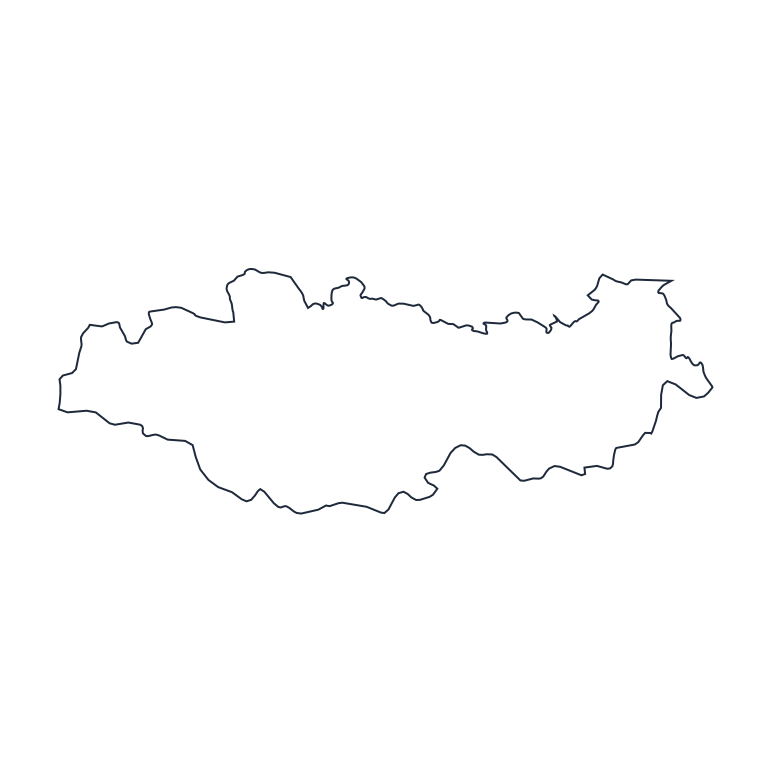 an SVG outline of Prešov, rotated 174°
{"feature_id": "SVK-1058", "entity_name": "Prešov", "entity_type": "Region", "adm_level": 1, "iso_a3": "SVK", "parent_name": "Slovakia", "parent_adm1": "", "projection": "orthographic", "projection_center": [21.049, 49.105], "detail": "fine", "context": "isolated", "style": "outline", "palette": "slate", "viewbox_px": 768, "rotation_deg": 174, "n_neighbors": 0, "source": "natural_earth", "source_scale": "10m", "svg_char_len": 6101}
<svg xmlns="http://www.w3.org/2000/svg" viewBox="0 0 768 768"><g transform="rotate(174 384 384)"><path d="M397.1,255.6L400.4,256.4L414.1,263.7L437.8,270.3L441.8,270.2L450.8,268.2L454.4,269.2L462.4,265.9L479.8,263.8L484.4,264.9L486.9,266.6L491.4,270.9L493.9,272.6L495.7,272.9L499.5,272.0L501.9,272.7L506.0,276.9L514.3,289.4L518.1,292.4L520.6,290.7L524.0,286.6L528.2,282.7L533.0,281.7L537.5,284.2L546.5,292.3L559.7,298.8L568.6,306.9L575.7,318.2L578.9,331.3L580.7,343.2L587.7,348.2L605.0,351.3L613.0,356.3L615.9,357.5L618.3,357.6L624.1,356.8L626.2,357.2L628.9,360.1L629.0,362.7L628.3,365.2L628.9,367.5L630.7,369.0L642.3,372.4L655.8,371.6L661.0,373.6L673.6,385.9L682.6,388.5L701.7,388.9L710.3,393.0L708.5,399.1L706.9,407.7L706.0,416.3L706.2,422.6L702.5,426.0L693.1,427.5L688.8,431.0L683.8,446.8L680.9,453.4L680.6,455.3L680.7,460.1L680.3,462.4L678.0,465.8L672.2,470.9L670.4,473.6L658.9,470.8L657.7,470.9L651.4,472.9L643.3,473.5L642.1,473.0L641.2,472.2L640.9,470.3L640.7,467.9L636.8,459.0L636.3,457.2L636.2,455.8L635.9,454.4L635.1,452.9L630.8,450.5L624.2,450.7L615.2,463.4L610.0,465.7L608.5,467.4L608.4,468.3L608.5,469.1L609.7,473.4L610.4,477.0L610.6,478.7L610.3,479.9L609.8,480.3L608.9,480.5L594.8,481.0L587.4,482.3L582.9,482.2L577.7,481.0L566.4,474.3L564.9,473.0L564.9,472.4L564.3,471.8L563.0,471.0L559.6,469.4L535.8,461.9L526.5,461.7L526.4,471.2L526.8,472.6L526.9,473.7L527.0,478.6L527.1,480.0L528.4,484.6L528.2,487.0L528.4,487.9L528.7,489.0L530.1,492.3L530.5,493.8L530.6,495.2L530.2,496.8L529.5,498.8L528.5,500.0L527.1,500.8L522.5,502.4L518.5,506.1L512.9,507.2L511.2,508.0L511.0,508.5L510.7,509.8L510.3,510.4L509.6,510.9L508.6,511.5L507.3,512.0L505.3,512.4L503.0,512.1L500.3,511.3L495.6,507.9L493.9,507.2L491.8,507.0L487.5,507.2L481.2,506.1L465.7,500.1L458.5,487.2L457.3,485.4L455.9,482.6L455.1,480.3L454.8,476.6L454.5,474.8L451.6,467.6L448.1,469.4L447.5,470.0L446.4,470.8L444.4,471.3L442.5,471.0L439.3,469.4L438.3,468.1L437.6,466.9L437.5,466.0L437.2,465.1L436.8,465.0L436.2,465.8L436.0,468.6L435.7,470.1L435.3,470.8L434.6,470.6L433.6,469.5L431.9,468.0L431.0,467.7L429.8,467.8L427.5,468.5L426.6,469.2L426.3,469.9L427.1,471.4L427.4,472.2L427.5,473.4L426.9,478.2L426.2,480.9L425.5,482.5L424.7,483.4L423.8,483.8L423.0,484.1L419.0,484.5L416.1,485.7L415.0,485.9L411.5,485.9L410.2,486.1L409.3,486.5L408.7,487.2L408.3,487.9L408.1,488.7L408.2,489.5L408.4,490.2L408.8,490.8L410.4,492.2L410.4,492.5L410.2,492.8L409.5,493.1L406.2,493.5L403.2,493.2L400.5,491.8L396.0,487.7L393.4,483.4L393.2,481.7L393.4,480.9L393.9,480.1L395.3,478.3L395.7,477.6L396.2,476.9L397.7,475.5L398.0,474.9L398.1,474.3L397.7,473.1L397.6,472.4L397.2,471.9L396.5,471.8L395.0,472.5L393.6,472.5L392.4,472.2L390.7,470.9L389.0,470.1L386.7,470.1L383.1,468.8L378.0,469.8L376.6,469.1L374.4,467.1L373.2,465.8L372.0,463.9L371.3,463.2L368.4,461.2L367.5,461.0L366.3,460.9L361.8,462.3L360.7,462.4L356.0,461.8L346.6,458.6L343.3,459.0L341.6,459.4L340.7,459.1L339.7,458.2L338.3,456.0L337.5,453.9L337.5,453.3L336.8,452.3L332.7,448.4L331.6,446.7L331.1,445.0L331.2,443.1L331.0,442.2L330.4,440.2L329.4,439.7L328.0,439.5L324.7,440.0L323.3,440.5L322.4,441.0L322.2,441.4L321.9,441.9L320.8,441.7L313.9,437.1L308.8,436.3L303.9,432.1L296.1,433.7L295.0,433.6L293.4,433.2L290.6,431.9L289.9,430.9L289.8,430.0L290.8,428.9L290.6,428.2L289.3,427.4L285.5,426.5L279.7,423.9L276.9,423.2L276.2,423.3L276.0,424.4L276.2,425.1L276.8,426.4L276.8,427.3L276.7,428.4L276.4,429.9L276.3,431.5L276.6,431.9L277.0,432.3L278.7,433.6L278.6,434.0L278.1,434.3L277.3,434.6L262.0,432.0L257.5,432.3L255.9,432.7L254.9,433.2L254.6,433.7L254.6,434.3L254.7,434.9L255.4,436.3L255.5,436.8L255.4,437.2L254.1,438.5L253.4,439.1L252.4,439.8L249.9,440.9L246.8,441.3L244.0,441.0L242.4,440.4L239.5,435.3L239.0,434.4L237.8,433.8L235.7,433.3L230.6,432.7L224.8,429.2L218.3,424.1L217.0,422.9L216.5,421.8L217.1,419.1L216.9,418.1L215.7,417.6L214.5,417.9L212.6,419.9L211.9,421.2L211.6,422.4L212.8,424.6L212.9,425.3L212.0,425.8L206.2,427.8L205.5,428.1L205.4,428.7L205.5,429.5L205.9,431.4L206.3,432.3L206.7,433.0L207.4,433.6L207.5,434.0L207.1,433.7L206.2,432.7L202.4,427.1L196.9,423.3L195.1,422.9L194.9,422.4L194.2,421.9L193.6,421.6L192.6,422.1L188.8,425.8L187.7,426.4L186.9,426.5L186.3,426.2L185.7,426.2L185.0,426.6L183.3,428.1L172.6,432.8L169.3,434.9L168.0,436.1L164.9,440.5L162.0,443.2L161.9,443.9L162.5,444.7L165.4,445.2L168.6,446.3L172.1,450.9L164.8,455.5L163.4,456.9L161.7,459.4L158.8,466.6L155.1,470.0L145.1,464.0L143.4,462.6L142.0,461.8L137.3,460.2L132.8,457.8L131.2,457.8L127.3,461.2L122.7,461.5L87.4,456.6L95.8,453.0L98.4,450.9L101.2,448.2L101.7,446.7L101.2,445.8L98.4,445.2L97.2,444.8L96.5,443.9L96.0,442.9L95.5,441.5L94.5,437.8L94.2,434.5L93.4,432.7L92.3,431.2L90.8,429.7L82.6,418.6L82.4,417.1L82.7,416.1L83.5,415.9L85.2,416.2L86.6,416.1L89.2,414.9L90.9,414.7L91.8,413.8L92.3,411.5L92.6,406.8L93.8,401.5L94.2,398.3L94.3,394.2L96.0,383.2L95.8,380.3L95.2,378.8L93.9,378.9L92.6,379.3L89.2,380.8L84.4,381.6L83.5,381.5L82.7,380.9L82.0,379.9L81.2,378.4L80.5,378.0L79.9,378.3L79.2,379.0L78.5,378.7L77.6,377.3L76.1,373.6L74.9,371.5L73.5,370.2L71.9,369.9L70.1,370.0L69.2,370.6L68.3,371.5L67.9,372.2L67.2,372.4L66.4,371.9L65.3,369.8L65.0,367.4L65.0,362.8L64.1,359.3L63.0,356.3L58.0,347.5L57.7,346.3L62.5,341.4L67.0,338.2L74.8,337.5L81.6,341.1L94.0,353.1L102.0,357.2L106.8,353.6L109.5,344.3L111.0,331.3L114.1,327.6L115.8,323.5L117.3,319.1L122.1,308.7L123.5,306.8L124.1,307.4L129.4,308.1L131.8,305.9L137.2,299.6L140.9,297.6L159.7,296.1L160.9,294.5L162.7,289.3L164.0,284.0L164.6,280.6L165.5,278.3L168.0,276.4L170.9,276.4L180.8,280.3L193.4,279.9L193.4,273.5L197.2,272.6L217.6,283.3L223.0,284.6L228.7,282.6L231.5,280.0L235.4,275.2L237.9,273.8L240.2,273.7L245.4,274.5L254.6,273.1L258.4,273.8L279.9,299.7L283.7,302.6L289.2,303.4L293.3,303.2L297.1,303.8L301.7,307.2L305.6,311.3L309.6,314.2L314.1,315.1L319.8,313.0L325.0,308.5L333.0,296.8L338.0,291.9L341.8,291.1L347.0,291.0L351.5,290.1L353.4,286.7L350.5,281.1L344.9,277.7L341.9,274.3L346.8,268.8L350.5,267.0L360.4,265.0L364.2,265.3L368.6,268.3L372.0,272.2L375.8,274.8L381.0,273.9L385.1,270.0L392.7,258.7L397.1,255.6Z" fill="none" stroke="#1e293b" stroke-width="2"/></g></svg>